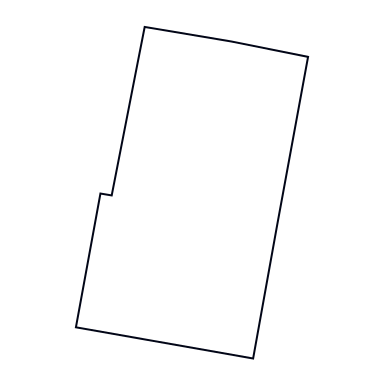 Champaign, Ohio, United States of America (Mercator projection), rotated 276°
{"feature_id": "52423323B54986091117207", "entity_name": "Champaign", "entity_type": "district", "adm_level": 2, "iso_a3": "USA", "parent_name": "United States of America", "parent_adm1": "Ohio", "projection": "mercator", "projection_center": [-83.777, 40.142], "detail": "fine", "context": "isolated", "style": "outline", "palette": "ink", "viewbox_px": 384, "rotation_deg": 276, "n_neighbors": 0, "source": "geoboundaries", "source_scale": "gbopen_adm2", "svg_char_len": 293}
<svg xmlns="http://www.w3.org/2000/svg" viewBox="0 0 384 384"><g transform="rotate(276 192 192)"><path d="M32.8,270.2L167.3,280.1L338.5,293.3L345.8,215.4L351.2,127.7L317.8,124.7L180.2,112.5L180.9,101.1L45.3,90.7L40.5,159.7L32.8,270.2Z" fill="none" stroke="#020617" stroke-width="2"/></g></svg>